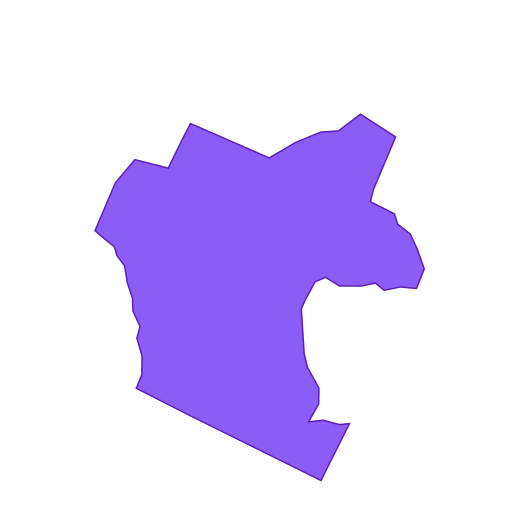 outline of Capitão, Rio Grande do Sul, Brazil, rotated 296°
{"feature_id": "56859067B762126063802", "entity_name": "Capitão", "entity_type": "district", "adm_level": 2, "iso_a3": "BRA", "parent_name": "Brazil", "parent_adm1": "Rio Grande do Sul", "projection": "mercator", "projection_center": [-51.981, -29.282], "detail": "fine", "context": "isolated", "style": "filled", "palette": "violet", "viewbox_px": 512, "rotation_deg": 296, "n_neighbors": 0, "source": "geoboundaries", "source_scale": "gbopen_adm2", "svg_char_len": 813}
<svg xmlns="http://www.w3.org/2000/svg" viewBox="0 0 512 512"><g transform="rotate(296 256 256)"><path d="M429.3,287.7L404.5,275.2L395.8,259.9L375.6,242.0L349.9,224.8L347.7,171.2L346.3,139.1L328.4,138.6L296.5,138.6L289.5,104.9L260.0,97.5L208.2,100.2L204.6,113.9L202.3,124.5L195.5,130.7L189.6,142.1L175.4,152.2L164.3,163.2L152.5,169.6L141.8,182.7L130.0,184.9L116.2,197.4L99.3,205.4L84.6,206.4L83.6,266.2L82.7,412.9L92.8,412.9L146.4,413.5L141.1,405.1L137.8,388.3L130.0,376.0L150.5,377.2L164.8,370.5L178.6,351.0L189.5,342.0L228.4,319.9L238.2,319.5L258.8,320.5L267.3,327.8L265.6,344.0L275.2,363.9L284.0,375.2L281.3,386.2L291.3,399.1L297.2,414.5L318.2,412.9L333.1,397.7L343.4,385.0L346.8,369.2L354.5,362.1L355.0,335.0L367.4,332.4L424.2,329.3L429.3,287.7Z" fill="#8b5cf6" stroke="#5b21b6" stroke-width="1.5"/></g></svg>